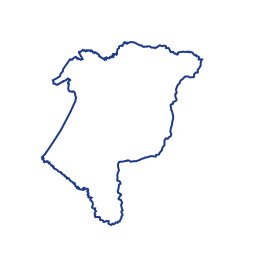 outline of Tharaka, Eastern, Kenya, rotated 343°
{"feature_id": "3690345B49853475853823", "entity_name": "Tharaka", "entity_type": "district", "adm_level": 2, "iso_a3": "KEN", "parent_name": "Kenya", "parent_adm1": "Eastern", "projection": "mercator", "projection_center": [38.037, -0.18], "detail": "fine", "context": "isolated", "style": "outline", "palette": "blue", "viewbox_px": 256, "rotation_deg": 343, "n_neighbors": 0, "source": "geoboundaries", "source_scale": "gbopen_adm2", "svg_char_len": 5671}
<svg xmlns="http://www.w3.org/2000/svg" viewBox="0 0 256 256"><g transform="rotate(343 128 128)"><path d="M63.3,110.3L51.9,120.0L40.7,129.0L37.1,130.8L37.2,131.2L38.2,131.4L38.4,132.1L38.3,132.6L37.9,133.0L37.2,133.0L38.3,135.0L37.7,135.9L37.9,136.2L41.0,136.1L41.3,136.3L40.8,136.8L41.9,138.0L42.0,138.5L42.8,138.2L42.7,139.1L43.3,140.1L43.6,141.4L44.7,141.8L44.5,142.3L45.1,142.7L45.0,143.4L45.6,143.6L45.3,144.9L47.7,147.1L48.7,149.1L49.8,150.0L50.8,150.5L50.9,151.1L51.4,151.5L51.1,152.1L51.6,153.0L53.3,154.2L53.5,154.6L53.2,155.1L53.8,155.7L53.8,156.1L54.6,156.5L54.7,158.5L55.1,158.6L55.6,158.1L56.0,158.2L56.7,158.9L57.4,161.6L58.8,163.1L59.2,164.1L60.0,164.4L60.0,165.4L60.9,165.4L60.7,167.9L60.9,168.7L61.9,169.0L62.1,169.4L62.1,170.0L61.7,170.7L61.9,171.0L62.5,171.2L63.3,170.4L63.6,171.2L63.4,172.0L63.7,172.3L64.3,172.8L65.6,173.1L66.8,174.1L67.9,174.0L67.6,173.4L67.0,173.2L68.0,172.1L68.7,172.5L68.9,172.9L68.8,173.3L69.1,173.6L70.7,173.8L71.9,175.0L71.8,175.7L70.7,176.3L71.2,176.9L71.1,177.3L70.7,177.4L70.6,177.7L71.1,178.6L71.1,179.2L69.9,179.8L69.8,180.2L70.5,181.0L70.6,181.3L70.3,181.4L69.8,182.6L69.9,182.9L71.6,183.3L72.8,184.0L71.4,184.8L70.9,185.5L70.9,186.0L71.3,186.3L72.4,188.5L72.3,189.9L71.6,191.8L70.4,193.1L70.7,194.0L71.4,194.8L73.1,195.3L72.4,196.9L73.1,198.2L71.4,199.4L71.1,199.8L71.0,200.3L71.4,201.4L70.6,202.0L70.6,203.4L70.9,203.8L74.4,204.6L74.9,205.2L75.0,205.6L74.5,206.7L74.6,207.9L75.4,208.1L76.8,209.0L77.2,209.4L77.1,210.4L77.5,210.9L79.0,210.9L80.0,210.6L82.3,211.5L81.6,212.9L81.5,213.5L82.0,214.6L83.0,215.4L84.0,215.8L85.1,214.9L85.5,215.1L86.0,215.8L87.5,215.6L88.5,214.7L90.3,215.6L91.0,214.6L92.6,215.0L94.3,213.0L95.2,212.5L95.9,210.6L97.1,210.1L97.3,209.6L97.5,208.5L97.1,207.2L97.2,206.0L98.9,205.0L98.6,203.7L98.8,200.3L99.1,199.1L100.5,198.0L100.5,197.3L100.1,194.6L98.3,193.5L98.2,192.9L100.1,191.0L101.9,189.9L101.9,189.5L101.3,188.8L99.6,186.8L99.5,186.1L101.9,181.8L102.6,179.8L103.1,179.4L104.4,179.2L104.6,178.8L104.7,178.0L104.6,177.0L104.0,176.2L102.6,175.3L102.4,174.4L103.3,173.1L103.9,170.2L105.1,168.1L106.9,165.9L107.3,161.3L108.2,159.3L109.3,158.0L109.6,157.8L113.8,158.7L116.4,158.8L117.4,159.2L118.0,158.8L119.5,159.4L120.3,160.6L121.1,161.1L122.6,161.2L126.1,162.1L129.3,162.0L132.1,161.5L134.3,161.6L135.2,161.2L138.1,161.7L141.5,161.5L146.2,163.4L147.0,162.0L149.6,162.4L150.2,162.2L150.6,161.3L154.1,159.0L154.7,157.5L155.6,156.5L157.7,155.2L158.1,154.4L159.0,151.0L160.2,149.7L161.3,149.0L162.7,149.9L163.2,149.8L164.0,148.9L166.1,148.5L167.3,147.3L167.6,146.2L167.4,143.7L169.2,140.2L170.3,138.9L172.9,133.8L173.5,133.0L174.2,131.4L174.6,129.8L175.0,125.7L174.7,123.3L175.4,118.6L175.9,118.1L177.9,118.1L178.3,117.8L178.6,116.6L179.0,116.3L181.6,116.1L182.5,115.5L182.8,114.6L182.5,112.8L182.5,111.7L183.0,109.7L183.3,109.3L184.4,109.1L184.7,108.7L185.2,105.1L188.0,101.5L190.4,100.2L191.6,98.6L192.4,97.9L195.5,96.8L197.0,95.6L198.5,95.6L199.8,96.1L201.0,96.6L201.6,97.5L202.2,97.8L204.1,98.1L205.3,98.6L206.0,98.4L206.5,97.7L206.8,96.1L207.2,95.7L209.0,94.8L210.5,95.3L211.1,95.2L211.7,92.7L213.3,91.8L215.7,89.6L216.6,86.8L218.0,84.8L218.9,84.1L218.4,83.8L217.2,83.8L216.5,83.3L215.6,83.2L215.6,82.8L216.6,81.9L216.4,80.5L215.6,80.0L214.9,79.8L214.6,78.5L214.4,78.2L213.7,78.4L213.1,77.9L212.5,77.2L211.8,74.9L210.7,73.9L210.0,73.8L209.4,73.1L207.9,73.2L207.5,72.4L205.0,72.2L203.2,71.0L202.0,71.2L199.8,70.5L197.8,70.6L197.4,71.2L197.2,72.1L196.8,72.2L196.0,71.9L195.0,70.6L193.8,70.0L193.5,68.5L192.2,68.0L191.2,68.1L191.0,67.9L190.4,63.8L190.2,63.4L187.8,62.8L187.6,62.4L188.2,61.7L188.2,61.2L188.1,60.8L187.3,60.1L186.4,59.7L185.5,59.8L184.4,59.7L182.7,58.2L181.9,58.3L179.4,59.2L178.8,59.1L178.3,59.4L177.3,59.6L176.7,58.8L174.0,58.0L173.1,56.7L171.7,55.9L170.4,55.6L169.8,55.8L168.7,55.3L166.7,55.0L166.3,54.8L165.8,54.3L165.4,53.2L164.0,52.7L162.4,51.4L159.9,48.7L157.5,47.3L154.8,46.4L153.6,46.8L152.8,46.4L152.1,47.1L151.7,47.1L150.9,46.6L151.0,45.9L150.3,45.5L150.2,45.0L149.8,44.9L148.8,45.4L148.3,46.5L147.2,46.9L146.7,47.9L145.1,47.1L143.3,47.5L142.8,49.0L141.0,49.6L139.7,52.3L139.2,52.7L139.3,53.8L138.4,54.6L137.9,53.7L137.3,53.7L136.4,53.1L135.6,52.9L135.6,53.3L136.0,53.4L136.0,53.7L135.2,53.7L135.6,54.5L135.2,54.7L135.0,55.4L134.3,55.0L134.3,55.8L134.1,55.9L133.7,55.8L133.5,55.1L133.2,55.0L133.0,55.4L132.5,55.4L131.8,54.7L131.2,55.2L130.8,55.9L130.3,55.9L128.5,55.0L128.6,54.7L128.0,54.1L127.6,54.2L127.7,54.8L127.2,54.9L127.1,55.5L126.7,54.9L126.1,54.5L125.2,54.8L125.5,55.4L125.4,55.7L124.5,54.3L123.7,53.7L123.5,53.0L122.9,52.8L121.9,51.3L121.5,51.2L121.4,50.4L121.7,50.2L121.4,49.0L120.4,48.3L119.9,47.0L118.7,45.9L118.2,46.5L117.9,46.6L117.7,46.3L117.9,46.0L116.9,45.8L116.7,45.6L116.7,44.9L116.1,43.9L116.2,43.5L115.2,43.0L114.9,43.6L114.6,43.7L114.3,43.0L113.4,42.2L112.6,42.3L111.3,41.6L111.1,42.3L109.8,42.3L109.0,40.8L108.3,40.6L107.9,40.8L107.6,40.2L107.2,40.5L106.1,40.7L105.4,41.2L104.8,41.3L103.5,40.8L103.1,41.3L104.7,48.8L103.2,48.7L102.9,49.0L101.6,47.8L100.6,47.6L100.9,46.8L100.5,46.5L99.9,46.8L99.6,46.7L99.6,46.3L99.1,45.7L99.1,44.8L98.8,44.7L97.2,44.9L95.5,45.6L94.7,46.3L94.1,45.9L93.4,46.2L92.6,45.4L83.1,52.8L82.2,54.8L79.6,56.3L78.0,58.6L74.5,59.6L70.1,60.4L70.4,61.2L69.7,63.7L70.8,64.1L71.4,64.6L71.5,65.0L72.8,66.0L74.1,65.6L74.8,65.8L77.0,64.9L77.5,65.0L78.7,64.6L79.4,64.8L79.9,64.2L81.5,64.3L83.4,63.9L84.5,63.2L85.0,63.1L85.5,63.8L86.3,64.3L86.7,65.2L84.7,66.1L83.6,67.7L83.7,68.0L84.4,68.4L84.4,68.8L83.3,70.4L83.1,71.3L82.5,72.5L82.2,74.1L82.3,74.8L83.2,76.2L84.6,76.6L85.2,77.1L85.7,76.8L86.9,77.4L87.5,79.5L87.0,81.5L87.3,84.0L86.3,85.0L85.8,86.5L77.8,95.6L63.3,110.3Z" fill="none" stroke="#1e3a8a" stroke-width="2"/></g></svg>